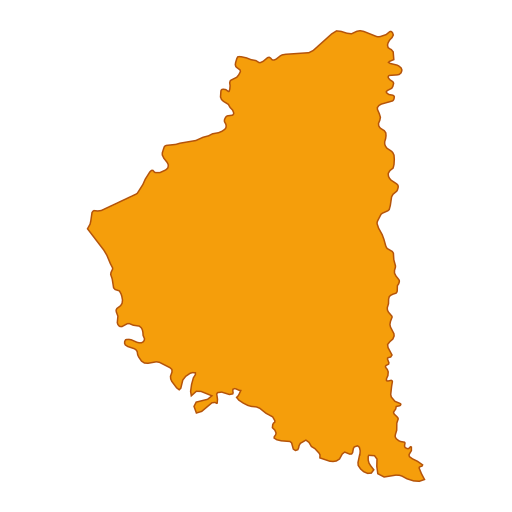 map outline of Ternopil' (Natural Earth projection)
{"feature_id": "UKR-292", "entity_name": "Ternopil'", "entity_type": "Region", "adm_level": 1, "iso_a3": "UKR", "parent_name": "Ukraine", "parent_adm1": "", "projection": "natural_earth1", "projection_center": [25.734, 49.388], "detail": "fine", "context": "isolated", "style": "filled", "palette": "amber", "viewbox_px": 512, "rotation_deg": 0, "n_neighbors": 0, "source": "natural_earth", "source_scale": "10m", "svg_char_len": 6022}
<svg xmlns="http://www.w3.org/2000/svg" viewBox="0 0 512 512"><path d="M360.1,30.7L363.7,31.4L376.5,36.5L377.9,36.8L380.2,36.6L386.1,34.6L389.7,31.7L390.5,31.4L391.4,31.6L392.5,32.7L393.3,35.0L392.0,37.6L389.9,39.7L388.9,41.3L388.0,43.0L387.5,45.1L388.1,47.6L389.9,48.9L391.3,49.6L393.2,51.9L393.8,59.6L389.5,61.4L388.5,62.4L390.0,63.4L397.0,65.1L398.8,66.0L401.0,67.8L401.8,69.6L401.8,70.8L401.0,72.9L399.1,74.5L397.0,74.9L389.6,75.4L388.7,75.8L388.2,76.5L388.2,77.5L388.8,78.5L390.2,80.0L392.7,81.6L393.3,82.4L393.6,83.4L392.8,86.5L391.7,88.3L387.4,90.5L386.3,91.7L386.5,92.7L388.8,94.5L392.7,95.2L393.7,95.7L394.3,96.7L394.0,98.9L393.4,100.1L392.6,100.9L381.3,104.1L378.9,105.5L377.3,107.7L377.5,109.6L379.3,113.7L380.4,117.3L379.8,120.3L378.5,123.4L378.7,125.8L379.8,127.6L380.8,128.5L384.3,130.7L385.8,132.9L386.0,135.8L385.6,138.7L384.7,141.7L384.7,144.2L385.5,146.2L386.9,148.2L391.7,151.4L392.9,152.8L394.0,155.2L394.3,159.3L394.0,164.4L393.5,166.6L393.0,168.2L390.0,170.5L388.5,172.9L388.2,173.8L388.5,176.4L389.5,178.3L391.1,180.2L396.7,183.9L397.9,185.2L398.2,186.3L398.1,187.7L397.4,190.0L396.7,191.2L393.0,194.3L391.6,196.8L390.3,205.5L389.2,209.6L387.8,210.8L382.4,213.2L381.0,214.3L377.5,221.1L377.1,222.5L377.1,223.8L378.6,228.2L382.2,234.7L383.9,239.3L385.8,246.1L386.5,247.5L387.2,248.5L392.3,251.5L393.4,253.2L393.8,259.7L395.5,266.0L395.4,267.3L394.5,270.4L394.5,273.1L396.0,276.1L398.9,279.7L399.3,280.7L399.3,281.8L398.7,283.7L397.4,285.7L397.2,291.1L396.7,292.4L396.0,293.2L393.1,294.1L390.5,295.4L389.2,296.8L388.6,299.1L388.5,303.7L387.3,307.6L387.3,308.9L387.5,310.3L388.5,312.2L391.9,316.2L392.1,317.1L390.5,321.3L389.9,324.5L390.5,327.1L393.9,333.7L394.1,336.0L392.8,339.1L389.9,341.6L387.6,344.5L388.0,347.5L392.0,355.0L390.7,357.0L388.3,357.6L387.6,358.1L387.5,359.2L388.9,362.7L388.6,364.1L386.0,365.5L385.5,366.3L385.6,367.3L387.3,369.5L388.2,371.9L387.9,375.6L386.6,378.4L386.4,380.3L386.9,380.9L388.2,381.0L391.2,380.3L392.1,380.8L392.4,381.6L391.6,386.4L390.7,394.5L391.3,397.0L394.9,401.3L399.7,403.3L400.6,403.8L400.8,404.5L400.3,405.4L399.4,405.8L396.2,406.5L395.7,409.0L393.6,412.0L393.7,413.1L394.3,414.2L396.9,416.7L397.8,417.7L398.2,418.9L396.8,423.1L396.7,430.2L395.5,434.1L395.1,436.2L395.5,437.5L396.4,438.9L398.9,440.8L400.6,441.5L404.5,442.2L405.0,443.0L404.6,445.3L404.6,446.4L405.1,447.5L406.9,448.5L408.1,448.7L409.0,448.3L410.2,447.0L410.8,446.7L411.4,447.1L411.4,450.6L409.1,454.5L409.1,455.6L409.5,456.7L412.4,458.8L417.5,461.3L422.6,464.9L422.1,466.0L419.5,467.0L419.1,468.0L421.4,473.6L424.5,479.5L419.3,481.3L413.6,480.9L407.0,478.8L402.0,476.1L399.5,475.3L395.9,475.1L384.1,477.0L377.8,473.7L376.8,466.4L377.0,459.1L374.5,455.7L368.8,455.3L368.2,456.4L368.2,460.1L369.0,463.1L370.6,465.7L373.8,469.8L371.3,473.1L367.6,473.4L363.7,471.7L360.6,469.0L358.2,465.4L358.0,462.5L359.8,454.0L359.8,455.7L360.2,450.8L359.4,447.3L357.5,445.8L354.3,446.9L353.4,448.4L352.6,452.6L351.6,454.0L349.7,454.1L344.7,452.1L342.3,453.9L339.5,459.0L336.3,461.0L333.0,461.5L329.7,461.2L319.9,457.9L320.0,454.9L319.2,453.3L315.0,448.7L311.4,446.5L309.0,442.4L305.9,440.1L300.4,443.3L299.1,445.5L298.6,447.9L297.8,449.7L295.5,450.5L293.3,449.1L291.6,442.9L290.0,441.5L281.2,440.8L276.7,439.7L274.1,438.0L274.3,436.6L275.5,435.1L276.1,433.1L274.9,430.2L272.4,427.7L272.7,424.7L273.5,423.1L274.7,422.3L274.9,420.8L272.7,416.9L265.9,413.2L259.8,408.3L256.4,406.9L251.3,406.4L247.8,405.4L243.1,403.0L238.8,400.1L236.6,397.4L238.1,395.9L239.1,394.2L240.8,390.5L239.1,390.3L236.0,388.9L234.6,388.6L232.9,389.3L232.8,391.0L233.1,392.8L232.7,393.9L229.4,394.5L221.7,392.1L217.6,392.6L216.7,393.9L217.5,399.3L217.2,403.1L216.6,403.3L215.0,402.4L211.9,402.8L201.7,411.4L196.4,413.0L194.0,406.4L196.2,402.1L207.6,399.3L211.9,395.8L201.0,391.4L196.3,391.3L191.3,395.8L190.6,391.3L191.6,384.3L193.4,377.8L195.4,374.7L195.4,372.8L192.5,372.6L190.1,373.3L185.7,376.3L182.8,380.0L180.8,388.2L179.2,389.8L176.6,387.8L171.8,381.4L170.7,378.9L170.5,376.3L172.0,372.0L171.9,369.5L170.0,367.7L159.4,362.3L156.3,361.8L147.9,363.3L144.4,363.0L141.5,361.1L138.7,357.0L137.7,354.8L137.2,351.6L136.0,349.8L134.3,348.7L127.7,346.5L125.3,344.9L124.6,343.3L124.7,341.4L125.6,339.8L126.6,339.5L129.0,339.4L131.3,339.8L137.0,342.3L139.2,342.8L141.4,342.8L143.1,341.9L144.2,340.5L144.5,338.7L143.1,335.4L142.9,332.3L142.3,329.7L141.3,327.8L139.3,326.1L133.2,325.2L129.4,323.6L127.3,323.7L121.9,326.6L120.0,326.5L119.0,325.9L117.9,324.5L117.3,322.7L117.9,316.2L116.3,311.9L116.1,310.1L116.9,308.5L120.6,305.7L122.1,303.3L122.5,300.1L121.8,296.2L121.0,293.8L119.4,290.9L115.1,289.5L113.6,287.8L112.2,278.9L110.7,274.5L111.0,272.5L112.6,269.1L112.6,267.9L110.4,263.7L106.9,255.3L103.8,250.1L87.5,228.8L90.1,224.1L90.8,220.9L92.0,212.6L92.9,211.3L94.0,210.6L97.7,211.0L101.3,210.5L136.1,194.1L137.3,193.3L142.9,184.5L145.3,179.1L149.8,172.0L150.9,170.9L151.9,170.3L152.9,170.4L154.6,172.3L155.7,172.6L159.9,172.6L165.6,170.0L166.9,168.9L167.8,167.9L168.1,167.0L168.3,165.0L168.0,164.1L167.2,162.5L163.9,158.3L162.3,155.0L162.3,152.9L163.7,148.4L164.4,146.6L165.3,145.8L166.5,145.4L175.9,144.4L180.0,143.2L195.9,140.5L203.0,137.3L208.6,135.8L212.5,133.8L218.6,132.7L222.1,131.2L224.8,129.3L225.9,127.8L226.2,125.9L225.8,124.1L224.5,121.7L224.4,120.6L224.6,119.3L225.6,117.3L226.5,116.3L227.7,115.8L232.5,115.2L233.3,114.4L233.7,113.5L233.6,112.6L232.6,110.1L230.1,107.5L228.4,104.4L223.4,101.3L221.5,99.5L220.5,97.0L220.9,91.4L221.1,90.3L221.9,89.5L223.2,89.2L225.8,89.6L228.4,91.5L229.1,91.4L229.8,89.1L230.1,85.7L229.7,82.8L230.2,80.9L230.9,80.2L236.7,77.3L238.7,74.9L240.4,71.7L240.1,70.0L236.4,67.2L235.8,66.5L235.3,64.7L235.6,62.6L236.8,58.6L237.7,56.9L239.2,56.6L241.5,56.8L246.5,57.9L250.8,59.6L255.9,60.6L259.1,62.6L260.4,62.6L263.2,61.3L267.5,57.7L268.4,57.4L269.3,57.3L270.6,58.1L272.0,59.7L272.9,60.0L274.2,60.0L276.2,59.1L280.4,55.8L282.2,54.9L285.6,54.3L308.9,52.7L313.2,50.5L331.7,33.9L336.5,30.9L341.1,31.4L346.8,33.2L351.5,33.8L356.8,31.3L360.1,30.7Z" fill="#f59e0b" stroke="#b45309" stroke-width="1.5"/></svg>